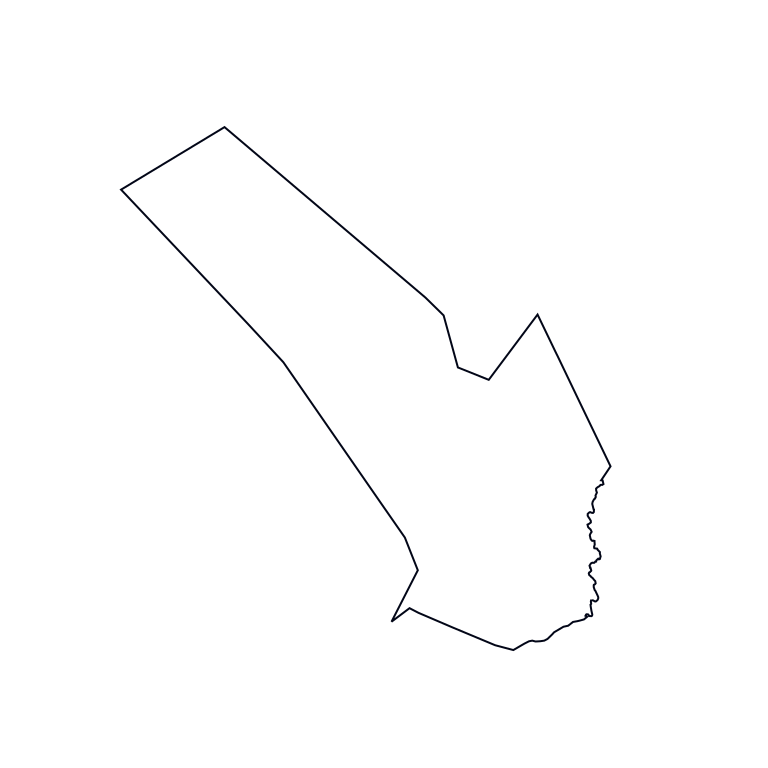 San Juan Teitipac, Oaxaca, Mexico, rotated 162°
{"feature_id": "50627088B7077340988995", "entity_name": "San Juan Teitipac", "entity_type": "district", "adm_level": 2, "iso_a3": "MEX", "parent_name": "Mexico", "parent_adm1": "Oaxaca", "projection": "robinson", "projection_center": [-96.62, 16.891], "detail": "fine", "context": "isolated", "style": "outline", "palette": "ink", "viewbox_px": 768, "rotation_deg": 162, "n_neighbors": 0, "source": "geoboundaries", "source_scale": "gbopen_adm2", "svg_char_len": 2541}
<svg xmlns="http://www.w3.org/2000/svg" viewBox="0 0 768 768"><g transform="rotate(162 384 384)"><path d="M343.2,91.0L334.9,92.8L330.7,93.7L325.6,94.5L322.3,94.1L319.5,92.3L315.0,91.1L310.9,90.4L307.3,91.0L303.2,93.0L301.2,94.0L299.0,95.3L288.7,97.6L288.4,97.7L283.5,97.2L277.8,99.3L274.2,98.8L273.6,98.7L271.0,98.5L266.6,98.3L262.8,99.8L263.4,100.8L264.0,101.3L263.0,102.3L262.4,102.4L261.1,101.8L260.7,100.9L260.5,99.9L258.4,99.1L257.7,99.4L257.2,100.2L257.1,100.7L256.8,104.3L256.2,108.3L255.8,110.3L255.4,110.5L254.9,110.9L254.5,113.2L254.0,114.1L253.6,113.9L252.8,113.9L252.4,113.8L252.0,113.6L250.7,112.1L250.0,111.8L249.4,111.8L249.1,112.0L248.5,112.2L248.0,112.4L247.4,112.8L246.9,113.4L246.5,113.9L246.1,115.1L246.2,116.5L246.9,122.1L247.3,122.8L247.3,125.5L247.3,126.0L246.7,127.9L246.4,128.2L245.4,128.3L244.7,128.7L244.3,129.0L244.0,131.2L244.1,131.5L244.6,132.5L245.1,133.8L245.4,134.7L245.7,135.2L246.7,136.7L246.9,137.5L247.8,138.7L247.8,140.5L247.2,141.3L246.1,141.5L245.6,141.9L244.8,142.2L244.5,142.6L244.4,145.4L244.8,145.4L244.7,147.0L244.7,147.7L242.7,149.4L241.7,149.6L241.1,149.7L240.6,149.4L240.0,149.3L239.6,149.0L239.0,149.1L238.5,149.4L238.0,149.8L237.4,149.7L237.1,149.6L236.8,150.3L236.4,150.7L234.3,151.7L233.6,151.5L233.6,150.8L232.9,150.8L232.6,151.4L232.4,151.4L231.2,153.2L231.2,153.9L231.1,156.1L230.6,157.4L232.1,160.5L232.1,161.5L234.7,162.8L234.6,164.1L233.1,166.4L232.9,167.5L232.5,169.0L232.3,169.7L233.5,170.4L233.9,170.3L234.2,170.4L234.8,170.9L235.4,173.0L235.0,176.6L234.3,177.5L233.2,178.5L232.5,178.9L232.2,179.3L232.5,181.8L233.7,183.9L234.1,184.9L233.9,187.4L232.0,187.7L231.2,188.0L230.4,188.2L230.0,188.5L229.6,190.0L229.8,190.9L229.9,191.4L230.0,191.9L230.2,192.8L230.6,193.8L230.8,194.9L230.9,195.5L231.0,195.8L230.4,197.5L228.8,198.3L227.6,198.5L226.8,197.8L226.6,197.6L226.0,197.2L225.1,196.8L224.0,197.4L223.1,199.7L223.4,200.0L223.0,205.6L222.0,207.4L221.3,208.1L219.8,209.5L219.1,209.6L218.4,210.1L218.2,210.6L217.5,211.1L217.3,212.6L215.4,214.6L215.1,214.9L215.1,217.3L214.6,219.0L213.6,219.5L212.5,219.9L210.5,220.3L210.0,220.8L209.0,221.1L208.0,220.8L207.6,220.6L206.2,221.0L205.9,224.7L207.2,225.3L197.9,232.6L194.0,235.7L204.1,310.6L210.4,357.9L210.5,358.4L211.1,362.6L216.5,402.6L283.1,355.6L308.6,376.9L306.1,430.8L317.9,453.4L456.3,677.6L574.0,650.1L494.9,483.3L482.2,455.8L473.0,435.8L442.7,334.8L422.0,265.9L420.9,262.3L411.6,231.5L409.4,196.4L450.3,155.6L429.0,162.9L421.9,155.7L393.8,131.1L359.0,101.2L343.2,91.0Z" fill="none" stroke="#020617" stroke-width="2"/></g></svg>